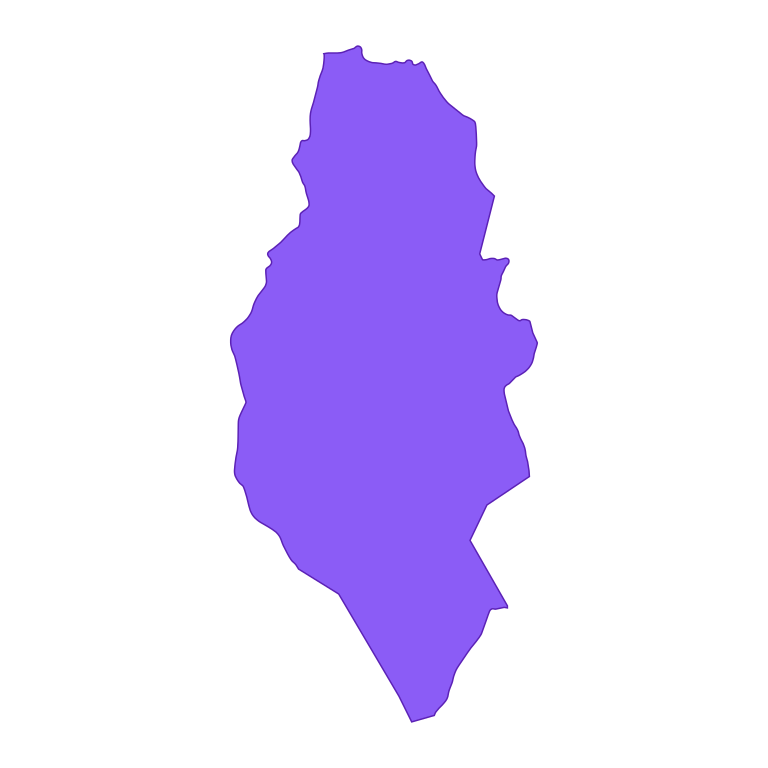 outline of San Pedro de Tutule, La Paz, Honduras
{"feature_id": "27666195B44797155238261", "entity_name": "San Pedro de Tutule", "entity_type": "district", "adm_level": 2, "iso_a3": "HND", "parent_name": "Honduras", "parent_adm1": "La Paz", "projection": "equal_earth", "projection_center": [-87.851, 14.246], "detail": "fine", "context": "isolated", "style": "filled", "palette": "violet", "viewbox_px": 768, "rotation_deg": 0, "n_neighbors": 0, "source": "geoboundaries", "source_scale": "gbopen_adm2", "svg_char_len": 6039}
<svg xmlns="http://www.w3.org/2000/svg" viewBox="0 0 768 768"><path d="M529.4,476.5L529.0,470.7L528.3,466.2L527.6,461.7L526.1,456.2L525.8,454.5L525.4,451.1L524.8,448.2L523.9,445.6L523.1,443.5L520.9,439.3L519.8,436.8L519.0,434.7L518.3,431.8L517.6,430.1L516.5,428.0L514.9,425.6L513.9,423.9L512.0,419.9L511.0,417.4L508.5,411.1L507.9,408.7L504.4,394.1L504.1,391.8L504.0,389.7L504.2,388.5L504.6,387.3L505.2,386.4L506.1,385.5L507.0,384.8L508.7,383.9L509.5,383.3L515.6,377.0L516.4,376.6L517.9,376.0L520.0,374.9L522.9,373.1L525.3,371.4L527.6,369.2L528.8,367.9L529.9,366.4L530.8,365.0L531.6,363.6L532.3,362.0L532.8,360.4L533.5,357.8L534.2,353.7L536.4,346.8L537.1,344.1L537.3,342.9L537.0,342.0L532.8,332.9L530.0,321.8L529.6,321.1L528.5,320.5L527.1,320.0L526.0,319.7L524.0,319.5L523.0,319.5L522.1,319.6L521.4,319.9L520.4,320.6L520.0,320.7L519.5,320.7L518.8,320.6L517.6,319.9L511.5,315.4L510.5,315.1L509.0,315.1L507.8,314.9L506.0,314.2L504.6,313.4L503.4,312.6L502.4,311.7L501.4,310.7L500.4,309.4L499.6,308.0L498.9,306.6L498.2,305.0L497.4,302.3L497.2,300.6L497.0,298.9L496.8,296.8L496.8,294.7L497.1,292.8L500.8,280.0L501.0,278.8L501.1,276.8L501.3,275.8L501.7,274.8L503.4,271.5L505.5,266.9L506.3,265.7L507.9,264.1L508.4,263.4L508.7,262.7L508.9,261.9L509.0,260.9L508.8,260.0L508.5,259.4L508.0,258.9L507.5,258.6L506.6,258.3L505.3,258.2L500.0,259.6L498.5,259.9L497.4,260.0L496.7,259.8L495.4,259.0L494.6,258.6L493.1,258.4L491.7,258.4L489.9,258.6L487.5,259.4L486.2,259.7L484.5,259.9L482.9,259.9L482.6,259.7L482.4,259.5L479.7,253.9L494.4,196.1L491.6,193.3L486.1,188.7L485.0,187.4L483.7,185.7L480.6,181.3L478.5,177.7L477.0,174.4L476.4,172.8L475.8,170.9L475.3,168.5L475.0,166.2L474.8,163.9L474.8,160.8L475.0,156.8L475.2,154.2L475.6,151.0L476.5,146.4L476.6,145.0L476.6,142.8L476.3,134.4L475.8,126.8L475.4,123.6L475.2,123.0L474.9,122.1L474.5,121.5L474.1,121.1L472.4,119.9L470.1,118.5L467.5,117.2L463.9,115.8L462.5,114.9L449.3,104.3L447.9,103.0L446.5,101.5L443.2,97.4L440.4,93.3L439.0,91.0L437.0,87.0L435.8,85.0L434.9,83.8L433.3,82.1L432.5,81.0L429.6,75.1L426.3,68.7L425.0,65.5L424.5,64.4L423.5,62.9L422.6,62.1L422.0,61.9L421.2,62.1L420.5,62.5L419.3,63.4L418.3,63.9L416.2,64.8L415.2,65.1L413.9,64.8L413.3,64.5L413.0,64.3L412.6,63.5L412.2,61.9L411.8,61.3L411.4,60.9L410.3,60.4L409.1,60.1L408.0,60.2L406.9,60.6L406.2,61.2L405.2,62.4L404.8,62.6L404.3,62.8L402.6,63.0L400.5,62.7L398.4,62.3L396.5,61.5L395.7,61.4L394.7,61.7L393.2,62.8L391.8,63.4L389.3,63.9L386.9,64.3L384.9,64.2L380.9,63.4L376.4,62.9L372.9,62.7L372.0,62.6L369.1,61.7L367.1,60.8L365.2,59.7L364.0,58.5L363.4,57.7L362.9,56.8L362.3,55.3L361.9,53.8L361.7,52.4L361.8,50.9L361.8,50.1L361.6,49.1L361.3,48.3L360.7,47.3L360.0,46.7L359.2,46.3L358.3,46.1L357.4,46.1L356.6,46.4L355.6,47.1L354.5,48.1L354.0,48.4L348.5,50.1L343.7,52.0L341.9,52.5L340.2,52.8L337.5,53.0L328.6,53.0L326.7,53.2L323.8,53.7L324.1,54.4L324.2,55.2L324.2,57.8L324.0,60.6L323.7,63.6L323.0,68.1L322.1,71.0L320.3,75.5L318.8,80.3L318.3,82.3L317.8,85.7L317.3,87.9L313.5,102.4L311.5,108.8L311.0,110.8L310.5,113.3L310.2,116.2L310.1,120.2L310.2,123.3L310.5,128.7L310.5,131.4L310.3,134.3L309.9,136.3L309.4,137.4L308.8,138.5L308.2,139.3L307.5,139.8L306.6,140.2L304.7,140.7L303.8,140.7L302.8,140.5L302.3,140.6L301.7,140.9L301.1,141.5L300.8,142.1L300.5,142.7L299.9,145.8L299.3,148.4L298.8,150.1L298.2,151.6L297.3,153.1L295.1,155.5L293.0,158.3L292.3,159.4L292.1,160.3L292.2,161.3L292.3,162.1L293.3,164.3L297.1,169.7L298.5,171.5L299.1,172.5L300.8,176.6L302.0,180.6L302.6,182.3L303.3,183.6L304.3,185.0L304.8,186.0L305.3,187.8L305.9,191.3L306.5,193.8L308.3,199.5L308.8,201.4L309.0,202.9L309.1,204.2L309.1,205.0L308.9,205.8L308.2,207.1L307.1,208.3L305.9,209.3L302.8,211.5L300.9,213.1L300.5,213.7L300.2,214.6L300.1,216.0L300.0,217.9L299.9,221.7L299.6,224.1L299.4,225.2L299.0,225.9L298.7,226.5L298.0,227.4L296.5,228.2L293.6,230.1L290.5,232.4L287.5,235.2L280.8,242.3L277.0,245.5L273.1,248.7L269.1,251.4L268.5,252.1L268.0,252.7L267.8,253.3L267.7,253.8L267.7,254.4L267.9,255.1L268.4,256.2L270.2,258.3L271.0,259.8L271.3,260.6L271.5,261.2L271.6,262.4L271.5,263.1L271.2,263.9L271.0,264.4L270.3,265.3L269.7,266.0L268.0,267.2L266.8,268.1L266.2,268.9L265.9,269.5L265.8,270.6L265.9,273.7L266.4,279.6L266.5,281.7L266.4,282.6L266.2,283.5L265.6,285.3L265.1,286.4L263.8,288.3L261.4,291.4L258.2,295.5L256.5,298.4L255.0,301.5L254.0,303.8L253.3,305.8L252.3,309.5L251.6,311.5L250.7,313.4L249.4,315.5L248.2,317.3L247.1,318.7L244.4,321.4L242.3,323.2L239.3,325.1L237.9,326.1L236.6,327.3L235.3,328.7L233.6,331.0L232.3,333.2L231.4,335.4L230.9,337.7L230.7,339.8L230.7,342.6L230.9,345.1L231.4,347.4L231.9,349.5L232.5,351.1L234.7,355.9L235.6,359.2L236.9,364.5L238.9,373.5L239.7,377.8L240.6,383.3L241.1,385.4L244.2,396.5L245.8,401.1L246.0,402.3L245.9,402.8L245.2,404.4L241.7,411.7L240.1,415.2L239.2,417.5L238.6,419.8L238.4,421.4L238.3,423.6L238.1,437.5L238.0,441.7L237.7,447.5L237.4,450.2L236.0,457.3L235.1,463.8L234.8,466.8L234.5,470.3L234.5,472.0L234.7,473.8L235.0,475.2L235.4,476.3L236.7,478.9L237.9,480.8L239.0,482.3L239.9,483.4L242.7,485.7L243.2,486.4L243.6,487.2L244.7,490.1L246.8,497.1L247.6,500.5L248.9,505.9L249.7,508.6L250.3,510.6L251.1,512.4L252.1,514.3L253.3,516.0L254.8,517.8L256.8,519.6L258.8,521.2L260.6,522.4L268.4,526.9L272.5,529.5L275.9,532.0L277.8,534.0L279.1,535.7L280.1,537.4L281.1,539.7L282.5,543.6L283.4,545.7L286.0,550.8L287.6,553.9L289.4,557.1L291.0,559.6L291.8,560.7L292.7,561.6L294.8,563.5L296.0,564.9L298.6,569.1L338.7,594.0L399.0,696.3L411.7,721.9L434.3,715.4L435.2,713.1L435.9,711.9L439.0,708.2L442.2,705.0L443.8,703.2L445.6,701.0L446.8,699.1L447.3,697.9L447.8,696.6L448.5,692.8L449.1,690.5L450.0,688.0L451.9,683.2L452.5,681.3L453.2,678.1L453.7,676.2L454.9,672.8L456.0,670.2L457.2,668.0L459.2,664.9L467.2,653.1L470.9,647.9L475.8,641.9L479.1,637.5L480.8,634.9L481.4,633.8L481.9,632.5L486.0,621.0L488.2,614.7L489.3,611.8L489.8,610.7L490.4,609.9L491.0,609.4L491.7,609.0L492.4,608.8L493.3,608.8L494.9,609.1L495.8,609.1L504.0,607.4L504.5,607.4L507.4,607.9L507.4,605.8L470.0,540.4L486.9,505.0L529.4,476.5Z" fill="#8b5cf6" stroke="#5b21b6" stroke-width="1.5"/></svg>